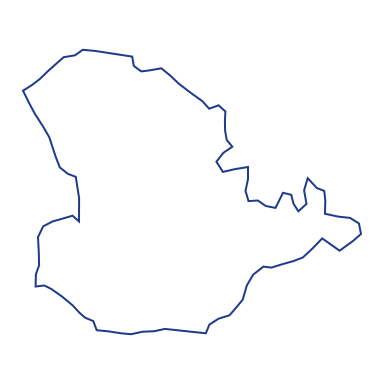 outline of Santiago do Sul, Santa Catarina, Brazil
{"feature_id": "56859067B60132892344314", "entity_name": "Santiago do Sul", "entity_type": "district", "adm_level": 2, "iso_a3": "BRA", "parent_name": "Brazil", "parent_adm1": "Santa Catarina", "projection": "natural_earth1", "projection_center": [-52.689, -26.628], "detail": "fine", "context": "isolated", "style": "outline", "palette": "blue", "viewbox_px": 384, "rotation_deg": 0, "n_neighbors": 0, "source": "geoboundaries", "source_scale": "gbopen_adm2", "svg_char_len": 1320}
<svg xmlns="http://www.w3.org/2000/svg" viewBox="0 0 384 384"><path d="M132.2,56.6L94.8,50.9L82.7,49.8L75.0,55.3L63.7,57.2L54.9,64.9L48.3,70.8L39.8,79.0L32.3,84.8L23.0,90.7L29.5,103.8L35.1,114.2L42.8,126.1L49.3,137.3L52.7,147.7L55.7,156.8L59.8,167.4L67.8,173.8L75.8,176.9L79.1,198.1L79.0,221.4L72.5,215.7L63.0,218.5L52.7,221.4L43.2,226.3L38.0,237.1L38.8,252.6L39.1,265.3L35.9,274.4L35.6,286.5L44.4,285.5L51.3,289.0L61.7,296.3L72.7,305.4L79.1,312.4L85.1,317.7L93.3,321.1L96.7,330.2L108.8,331.4L121.1,333.3L131.1,334.2L142.8,331.7L154.4,331.2L164.9,328.9L205.8,333.3L209.4,324.6L218.5,318.7L229.5,315.3L236.2,307.5L242.7,299.7L246.8,285.5L253.2,274.6L263.4,266.6L271.4,267.6L282.7,264.1L294.0,260.9L302.8,257.5L312.4,248.6L322.2,238.4L339.6,250.7L346.3,245.8L353.1,240.9L361.0,234.0L358.9,223.4L350.0,217.9L338.2,216.6L325.0,213.8L325.3,200.0L324.2,190.9L316.8,188.0L307.7,178.2L304.1,190.3L306.5,203.9L298.4,211.3L293.6,203.9L291.2,194.8L283.0,192.8L275.5,207.9L265.8,206.0L257.8,200.5L248.5,201.1L245.5,190.9L248.0,179.1L248.0,167.0L235.1,169.1L222.9,171.9L216.4,161.7L223.4,152.8L232.3,146.7L226.7,139.9L225.1,130.6L224.9,121.0L225.4,111.5L218.6,105.3L209.2,108.7L202.5,101.3L190.7,92.8L179.0,83.9L169.8,75.2L161.3,68.3L149.5,70.4L141.2,71.4L133.8,65.9L132.2,56.6Z" fill="none" stroke="#1e3a8a" stroke-width="2"/></svg>